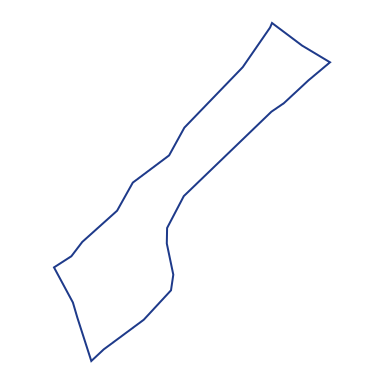 Gaza Strip, Albers equal-area conic projection
{"feature_id": "GAZ+00?", "entity_name": "Gaza Strip", "entity_type": "state/province", "adm_level": 1, "iso_a3": "PSE", "parent_name": "Palestine", "parent_adm1": "", "projection": "albers", "projection_center": [34.369, 31.397], "detail": "fine", "context": "isolated", "style": "outline", "palette": "blue", "viewbox_px": 384, "rotation_deg": 0, "n_neighbors": 0, "source": "natural_earth", "source_scale": "10m", "svg_char_len": 438}
<svg xmlns="http://www.w3.org/2000/svg" viewBox="0 0 384 384"><path d="M272.0,23.0L302.1,45.6L330.0,62.3L308.5,80.3L283.3,103.7L283.1,103.7L271.4,111.7L183.8,196.1L167.1,228.0L166.8,243.5L173.3,274.7L171.0,290.3L143.8,319.7L103.7,349.4L91.3,361.0L77.3,317.5L72.9,302.5L54.0,267.4L71.4,256.2L82.3,241.9L117.1,210.7L132.8,182.6L169.1,155.4L184.4,127.6L242.7,67.2L270.1,27.5L272.0,23.0Z" fill="none" stroke="#1e3a8a" stroke-width="2"/></svg>